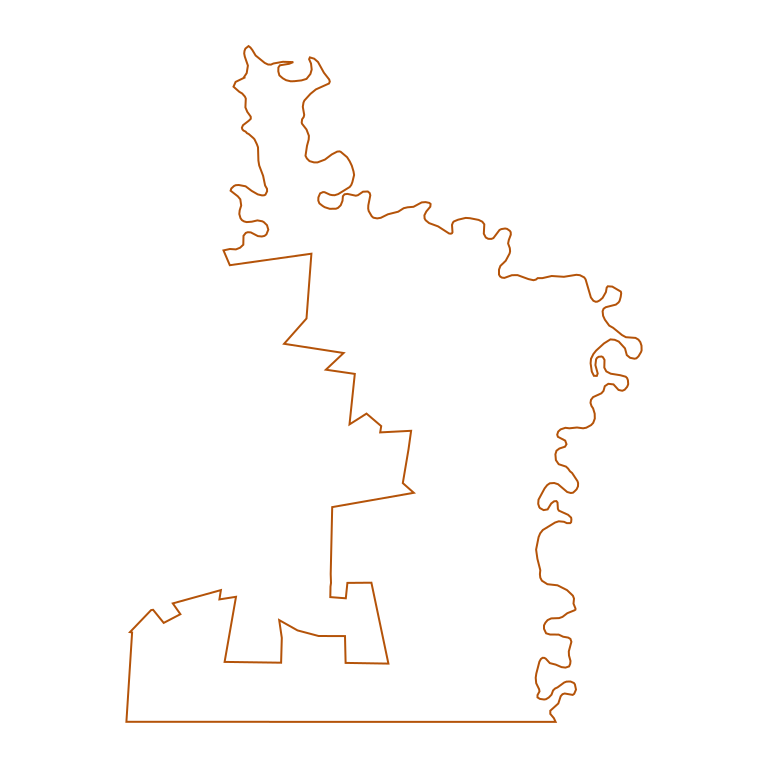 Benemérito de las Américas, Chiapas, Mexico (orthographic projection)
{"feature_id": "50627088B65687353920950", "entity_name": "Benemérito de las Américas", "entity_type": "district", "adm_level": 2, "iso_a3": "MEX", "parent_name": "Mexico", "parent_adm1": "Chiapas", "projection": "orthographic", "projection_center": [-90.543, 16.339], "detail": "fine", "context": "isolated", "style": "outline", "palette": "amber", "viewbox_px": 768, "rotation_deg": 0, "n_neighbors": 0, "source": "geoboundaries", "source_scale": "gbopen_adm2", "svg_char_len": 6079}
<svg xmlns="http://www.w3.org/2000/svg" viewBox="0 0 768 768"><path d="M223.5,250.4L229.8,265.2L311.4,253.7L306.5,318.5L284.1,343.8L343.6,353.0L325.9,369.7L354.8,373.9L349.5,424.4L366.5,413.6L381.2,426.1L380.2,432.4L411.1,430.8L408.5,449.4L402.8,483.1L413.8,492.8L332.2,507.1L330.7,574.1L331.0,582.9L330.5,586.6L330.3,597.1L345.8,598.3L347.4,582.9L371.4,582.7L388.4,663.6L345.6,662.9L345.0,636.1L318.6,636.0L297.5,630.4L279.2,620.1L281.8,637.9L281.1,662.7L224.6,661.9L236.0,596.8L219.4,599.4L220.9,590.1L172.8,603.4L180.4,614.2L163.7,622.9L153.1,609.8L151.1,610.1L130.0,632.1L132.1,632.5L126.4,721.8L555.6,721.9L553.9,718.2L550.3,713.9L550.3,710.7L558.3,703.5L560.7,696.2L562.5,694.2L564.7,693.5L572.7,694.9L574.2,693.8L576.0,689.6L574.9,684.4L573.9,683.0L570.5,681.5L566.6,681.6L564.2,682.5L557.5,687.4L555.1,688.5L553.1,690.4L551.5,694.7L548.8,697.5L546.0,699.2L544.1,699.5L539.9,698.9L537.5,697.4L537.5,695.1L539.5,691.4L539.1,689.2L536.2,683.2L535.7,677.8L536.3,673.6L539.4,661.7L540.9,659.0L542.6,657.8L544.4,657.9L545.8,658.7L549.8,663.1L555.7,664.6L561.5,667.1L565.5,667.6L569.1,666.4L570.2,663.8L570.5,661.0L569.0,655.6L568.8,651.4L571.4,641.8L570.4,638.9L568.2,637.6L563.1,636.7L558.7,634.6L550.0,634.5L546.1,633.3L544.0,628.8L544.0,625.4L545.4,622.7L547.6,620.1L551.2,618.4L559.1,618.1L562.5,616.9L567.3,613.2L574.5,610.3L575.4,609.7L575.5,608.6L573.5,603.6L574.0,598.6L572.9,595.7L567.0,590.1L557.5,585.3L547.4,584.2L541.9,580.7L540.3,577.7L539.9,574.2L540.3,570.2L537.4,558.8L536.1,549.6L538.6,537.1L540.2,533.3L542.8,530.0L555.1,522.5L558.8,521.3L564.0,521.8L566.8,523.1L570.2,523.1L571.1,522.2L571.4,519.4L571.1,517.6L568.1,514.8L558.8,510.6L557.9,508.9L557.5,502.5L556.4,501.1L554.1,501.3L551.2,503.5L547.6,509.4L543.6,510.1L540.0,508.1L539.3,507.2L538.2,503.9L538.5,499.7L544.6,488.4L547.2,485.1L549.8,483.3L554.2,483.0L558.0,484.2L567.2,492.0L570.8,493.0L573.0,492.7L574.6,491.3L576.6,489.3L578.0,486.3L578.1,483.1L577.5,481.2L572.1,473.0L570.0,471.3L568.1,468.6L566.0,466.6L558.7,464.2L555.9,460.1L555.4,454.3L556.5,450.7L559.4,448.5L565.0,446.7L566.5,444.2L565.2,440.6L557.9,436.8L557.2,434.7L558.2,431.6L560.6,429.4L565.4,427.8L569.4,428.3L577.0,427.5L583.1,428.3L586.3,427.7L591.1,425.1L593.2,422.9L594.8,418.6L594.7,413.7L593.1,408.4L591.5,406.0L590.5,402.9L591.0,399.8L593.1,397.1L601.4,393.3L603.5,390.9L604.8,386.2L608.3,383.8L613.5,384.4L618.5,389.9L621.4,390.6L622.5,390.7L624.7,389.7L627.1,386.9L627.8,385.3L628.2,384.1L627.9,380.2L627.1,378.1L625.7,376.7L620.2,375.2L610.7,373.7L606.3,371.4L604.3,367.6L604.5,359.9L602.9,357.2L601.6,356.5L598.6,356.8L597.1,357.8L596.1,359.3L595.4,365.1L597.7,373.5L596.8,375.9L593.9,375.8L591.8,371.6L590.6,363.3L591.0,358.8L593.4,354.0L596.1,350.6L604.0,343.4L610.4,339.4L614.7,339.8L618.8,341.6L625.0,348.4L626.8,355.1L630.1,357.8L634.5,358.7L636.4,358.3L638.5,356.3L641.1,351.9L641.6,350.3L641.5,345.7L640.3,342.1L638.4,339.6L635.5,337.9L625.9,337.2L621.9,335.0L613.1,327.8L609.2,325.6L604.9,319.7L603.1,315.8L602.6,311.2L603.6,308.7L605.8,307.2L615.9,304.6L618.6,302.4L619.6,300.8L620.7,296.9L621.2,293.2L620.8,291.6L612.3,286.6L607.8,286.3L606.7,287.6L605.9,292.1L602.6,297.9L599.7,300.4L597.4,301.6L595.8,301.8L593.4,300.8L590.9,297.5L585.6,279.4L584.2,277.4L579.9,275.2L576.4,274.8L563.9,276.8L551.7,276.0L542.5,278.1L537.7,278.1L535.9,279.6L533.5,280.2L528.5,279.1L517.5,275.1L511.9,275.2L504.4,277.9L501.9,277.6L500.1,276.5L499.0,274.6L499.0,269.6L500.4,265.9L505.7,260.8L509.6,253.5L510.1,251.3L509.8,248.1L508.1,243.5L508.8,240.0L510.8,234.7L510.7,232.2L509.8,230.8L507.1,228.9L505.1,228.5L501.3,229.1L499.5,230.0L493.4,238.1L491.4,238.9L488.2,238.8L485.8,237.5L483.8,233.7L484.3,224.3L482.3,221.7L478.6,219.9L469.9,218.2L465.7,217.9L458.1,219.7L454.0,221.4L453.0,222.4L452.0,224.9L452.5,232.2L452.0,233.2L450.9,233.7L449.1,233.5L438.1,226.4L429.1,223.1L425.7,220.3L424.6,218.5L424.4,215.3L426.3,211.5L430.3,206.7L430.6,204.0L429.3,202.9L425.6,202.1L421.7,202.4L413.5,206.8L407.6,207.3L403.7,208.2L398.2,211.7L387.9,214.3L380.8,217.8L377.2,218.4L373.4,217.7L371.7,216.2L368.7,211.0L368.2,208.6L368.3,205.4L370.3,195.3L369.7,193.1L367.8,191.5L363.0,191.7L357.9,195.2L355.8,195.7L347.4,193.9L344.5,194.3L342.9,196.2L342.5,200.8L340.7,205.3L338.0,207.9L336.0,208.7L329.7,208.8L324.7,207.2L322.6,205.9L319.4,203.4L318.3,200.6L318.4,197.4L320.1,193.4L323.0,192.1L324.6,192.2L330.0,194.7L332.2,195.1L334.7,195.2L338.2,194.1L349.7,187.0L351.3,184.9L352.4,182.0L354.1,175.0L353.5,171.4L351.8,165.7L349.7,161.3L347.1,157.2L340.7,151.8L339.5,151.4L337.2,151.6L331.8,154.4L324.9,159.6L317.5,162.4L314.0,162.4L309.5,161.1L306.9,158.5L305.5,155.8L307.0,145.8L308.7,139.5L308.9,135.8L306.5,129.5L302.0,123.7L301.7,122.6L302.1,119.3L303.7,117.0L304.2,114.9L302.8,106.8L303.5,102.5L304.4,100.5L310.4,93.9L315.9,89.4L329.0,83.5L329.8,81.6L329.2,79.5L323.9,72.7L318.0,62.0L314.2,58.7L309.9,57.4L309.1,59.2L311.0,63.5L311.7,69.5L310.4,74.0L306.5,78.9L301.5,80.4L294.2,81.2L290.7,81.3L286.1,80.2L282.8,78.3L279.4,75.4L278.3,71.4L278.4,67.5L279.9,65.3L289.1,63.8L293.3,62.1L282.9,61.8L273.4,63.5L271.0,64.6L268.0,64.5L264.7,62.9L255.6,55.5L252.4,50.1L250.4,47.5L248.5,46.1L245.4,48.6L244.5,50.9L244.2,53.5L244.8,56.6L247.9,65.6L246.7,73.1L243.9,77.3L244.3,77.7L235.6,81.9L233.5,86.7L239.3,91.8L242.2,93.5L244.9,96.6L245.8,98.6L245.4,107.4L247.3,111.9L250.7,116.6L250.8,118.2L250.7,118.9L248.7,120.8L243.0,125.2L241.9,127.7L242.4,129.4L243.5,130.6L245.6,131.6L247.0,133.2L248.7,134.0L253.3,138.0L254.5,139.3L256.9,144.3L258.0,147.3L258.4,160.6L259.2,165.5L263.1,175.8L265.1,185.5L267.0,188.8L267.1,191.3L265.4,194.7L264.1,195.3L262.0,195.4L257.8,194.4L251.7,190.9L245.6,186.3L238.8,185.0L235.7,185.2L234.0,186.0L231.3,188.5L230.6,190.7L237.8,196.3L240.3,199.3L241.2,205.5L239.7,210.3L239.3,214.0L240.5,218.2L241.9,220.1L244.0,221.4L246.6,222.1L251.8,221.7L257.4,220.4L262.3,221.3L263.8,222.1L267.0,225.2L268.3,229.7L266.4,234.4L264.5,235.9L261.8,236.5L257.9,236.1L250.8,232.4L247.8,232.2L245.8,232.9L243.5,235.8L243.3,244.7L240.1,247.7L235.9,249.4L229.9,249.0L223.5,250.4Z" fill="none" stroke="#b45309" stroke-width="2"/></svg>